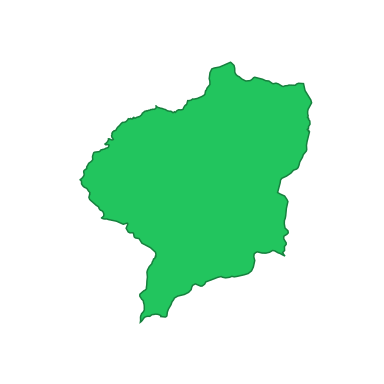 the district of Baiut, Maramures, Romania, rotated 110°
{"feature_id": "2599482B43457010112871", "entity_name": "Baiut", "entity_type": "district", "adm_level": 2, "iso_a3": "ROU", "parent_name": "Romania", "parent_adm1": "Maramures", "projection": "albers", "projection_center": [24.002, 47.618], "detail": "fine", "context": "isolated", "style": "filled", "palette": "green", "viewbox_px": 384, "rotation_deg": 110, "n_neighbors": 0, "source": "geoboundaries", "source_scale": "gbopen_adm2", "svg_char_len": 6033}
<svg xmlns="http://www.w3.org/2000/svg" viewBox="0 0 384 384"><g transform="rotate(110 192 192)"><path d="M143.9,274.6L143.9,274.9L144.3,275.1L144.4,275.4L144.6,275.6L144.9,276.3L144.9,276.5L144.9,276.9L146.1,277.1L147.4,277.6L148.7,278.3L149.8,279.7L150.2,280.9L150.8,281.4L152.4,282.2L154.0,282.7L156.8,284.1L158.8,284.5L159.4,284.5L159.8,284.7L160.2,284.8L161.3,286.3L161.7,286.2L162.5,287.0L162.8,287.1L164.3,287.3L164.5,287.0L165.0,286.8L165.4,286.8L166.1,286.9L166.7,286.8L168.1,285.8L168.3,285.6L168.4,285.1L169.5,283.9L169.8,284.1L170.3,284.7L170.4,284.9L170.6,285.5L170.5,286.5L170.3,287.7L170.6,288.7L172.0,288.2L172.2,288.4L172.6,288.5L173.5,288.5L174.5,289.0L175.3,289.3L176.7,290.2L177.1,289.5L177.1,289.1L176.4,287.8L176.2,286.8L176.2,286.2L176.3,286.0L177.9,285.9L178.8,286.0L179.4,286.6L180.3,287.9L181.4,288.7L182.1,289.6L182.4,290.3L183.0,290.9L183.2,291.4L183.8,292.1L185.2,292.5L185.8,293.0L187.5,296.4L187.9,297.1L188.5,297.7L189.2,297.8L192.1,297.7L192.8,297.6L194.2,297.0L195.0,296.5L195.5,296.4L197.1,296.8L198.5,297.6L200.2,298.8L201.0,299.0L202.3,299.1L204.2,299.5L204.7,299.5L205.5,299.0L206.2,299.0L206.8,299.6L208.8,300.8L209.4,300.8L210.0,300.7L210.8,300.3L211.7,299.7L212.4,299.4L213.0,299.2L213.7,299.2L216.0,299.8L218.1,300.9L218.5,301.3L218.8,301.3L219.0,300.8L219.0,300.4L219.1,300.1L219.6,299.7L220.9,299.0L221.9,298.7L222.2,298.5L223.7,296.6L223.9,295.6L224.4,295.0L224.4,293.7L224.6,292.3L225.1,291.3L226.2,290.0L226.7,289.2L227.4,287.8L228.2,287.7L228.9,287.2L229.4,287.4L230.1,287.3L230.3,287.2L232.2,287.1L232.4,286.9L233.1,286.4L233.9,285.7L234.5,284.5L236.9,278.4L237.2,277.7L237.8,275.1L238.5,274.2L239.4,273.6L240.4,271.9L240.4,270.3L240.9,269.1L241.3,268.6L242.0,268.0L242.8,267.3L244.2,266.9L244.9,266.8L246.7,267.7L247.0,268.0L247.3,268.1L247.4,267.9L247.5,266.5L247.4,265.3L247.0,264.1L246.7,263.6L246.5,262.7L246.4,262.1L246.5,261.6L246.4,260.6L246.4,260.3L246.1,259.5L246.1,258.6L245.4,254.0L245.3,252.4L245.8,245.5L243.9,243.0L243.4,241.9L244.2,241.3L248.6,241.5L251.4,238.2L251.6,236.3L250.6,233.9L250.8,232.9L253.9,231.0L254.5,229.5L253.9,225.8L257.2,221.6L258.5,212.0L261.1,205.7L263.1,204.5L263.7,204.4L264.5,204.1L264.4,204.4L264.7,204.5L265.5,204.1L265.8,204.1L266.0,204.4L267.1,204.3L267.3,204.4L267.8,205.0L268.2,205.2L269.7,205.1L271.5,205.4L272.9,205.2L273.4,205.3L276.6,206.6L277.2,206.7L280.4,207.1L282.0,207.0L282.8,206.9L287.2,204.8L291.1,203.9L294.6,202.8L296.3,202.4L297.2,202.3L297.8,201.8L298.3,201.8L299.5,202.1L300.3,202.5L301.2,203.4L302.2,204.0L303.6,204.8L304.3,205.1L305.0,205.6L305.6,205.9L306.4,205.9L307.7,205.4L308.1,205.0L308.8,204.0L309.9,202.7L310.2,201.9L310.8,200.6L311.9,200.1L314.3,198.4L316.1,197.6L317.0,197.3L319.2,196.5L319.7,196.5L321.3,196.8L323.8,197.8L324.8,197.7L325.8,197.8L327.2,197.6L330.5,196.3L332.0,196.0L330.9,195.3L329.2,194.7L327.6,194.3L327.1,194.1L326.6,194.0L325.6,193.4L324.7,192.4L324.2,191.6L323.8,190.8L323.4,189.4L323.1,189.0L321.1,187.8L320.8,187.4L320.1,185.9L319.3,184.7L318.7,182.6L318.6,181.2L318.6,180.4L318.7,179.8L318.8,179.2L319.1,178.7L319.7,178.7L318.6,174.3L317.6,173.4L316.7,173.3L313.2,174.1L310.1,174.1L305.1,173.2L302.0,173.2L299.3,172.4L297.7,172.3L294.7,169.8L290.9,164.1L287.5,160.9L284.1,159.4L281.2,159.7L279.4,159.4L277.2,157.4L277.5,151.7L276.9,150.3L274.3,148.6L271.8,148.3L263.3,138.5L261.4,135.6L261.7,134.5L261.2,131.1L259.3,127.5L257.6,125.7L257.3,123.3L255.9,120.8L251.9,114.6L249.4,111.3L245.8,109.1L241.5,108.7L234.9,109.6L231.7,111.8L228.9,112.4L227.0,111.3L225.9,110.1L225.4,105.3L224.2,101.7L222.1,98.5L219.4,96.3L219.0,94.3L219.5,91.5L219.7,90.3L219.7,89.6L219.6,88.8L219.8,87.2L220.1,85.4L220.4,82.7L219.4,84.4L217.9,86.1L215.3,85.0L211.6,86.5L209.1,85.6L207.6,86.1L204.7,89.7L202.6,90.5L201.7,90.3L199.4,88.4L197.5,87.6L195.7,88.5L194.0,92.3L190.3,94.4L187.3,95.4L184.8,95.4L182.4,95.8L175.1,97.7L168.2,98.6L166.6,100.2L164.1,103.6L163.7,108.8L163.2,111.4L153.3,112.3L150.3,112.9L148.3,112.2L144.7,108.6L140.4,105.5L136.8,104.1L134.6,101.5L133.0,100.7L130.6,100.6L126.8,101.0L121.7,100.1L118.9,100.2L114.4,98.6L112.9,98.7L109.0,100.4L105.4,101.1L95.3,102.2L95.2,103.2L94.2,103.3L94.2,104.1L94.0,105.0L93.5,105.0L92.7,104.4L92.2,104.3L91.9,104.3L91.4,104.7L90.9,104.9L87.9,104.3L85.2,105.5L84.7,105.9L84.1,107.1L83.5,107.5L82.9,107.6L82.7,107.9L82.6,108.7L82.3,109.0L82.1,108.8L80.7,108.9L79.1,110.0L76.7,110.9L74.6,111.2L67.3,110.1L64.9,111.8L58.0,120.5L52.0,124.3L53.4,129.1L54.7,130.6L56.4,131.5L58.4,137.5L59.3,138.5L60.4,140.9L61.5,142.0L61.8,143.3L60.9,147.9L61.0,150.3L62.5,152.7L62.5,153.8L61.4,157.7L62.2,160.8L61.9,164.2L62.7,172.3L63.5,173.2L65.8,174.2L67.4,175.4L69.3,179.4L68.8,183.7L67.5,187.2L67.4,188.9L66.6,190.8L64.9,192.7L61.1,194.2L58.7,195.8L57.1,199.4L56.9,200.2L65.1,208.8L68.0,213.7L69.6,215.5L73.8,215.9L79.6,214.6L81.8,213.1L84.9,211.9L89.2,213.4L91.2,213.4L92.3,213.9L95.6,213.3L96.6,213.6L98.7,215.2L101.4,218.1L102.2,218.9L104.1,222.0L104.4,223.3L105.0,223.6L106.0,224.3L106.5,225.0L107.2,226.1L107.6,227.3L110.8,227.0L112.0,227.1L112.4,227.8L114.0,228.4L116.1,228.7L117.1,228.6L117.3,228.7L118.1,229.6L118.8,230.9L119.2,232.5L119.4,232.8L120.6,233.9L123.0,234.9L123.0,235.0L122.7,235.5L122.6,235.9L123.9,236.8L124.0,237.4L123.5,238.3L123.3,239.6L123.7,240.2L124.1,242.9L123.6,245.3L123.8,246.9L123.7,248.3L123.8,249.3L124.1,250.4L124.0,251.1L124.2,252.6L124.1,253.2L124.0,254.0L123.4,255.1L123.4,255.3L123.5,255.3L123.9,254.7L124.2,254.6L124.9,254.6L125.6,254.6L127.2,255.6L127.6,257.2L128.1,257.6L128.6,258.9L128.9,259.0L129.4,259.5L129.7,259.9L129.9,260.5L130.6,261.3L131.1,261.7L131.1,262.3L131.5,262.5L132.1,263.8L133.2,264.5L134.2,265.0L134.9,265.6L135.7,265.6L136.9,265.8L138.6,266.8L139.0,267.0L139.4,267.7L139.6,267.8L139.7,268.1L140.1,268.5L140.2,268.8L140.4,268.9L140.5,269.2L140.8,269.5L141.7,270.3L142.1,270.6L142.2,271.0L142.2,271.6L141.8,272.0L141.9,272.3L142.2,272.4L142.1,272.5L142.6,272.8L143.1,272.5L143.4,272.9L143.5,273.1L143.8,273.2L144.0,273.5L144.0,274.2L143.9,274.6Z" fill="#22c55e" stroke="#15803d" stroke-width="1.5"/></g></svg>